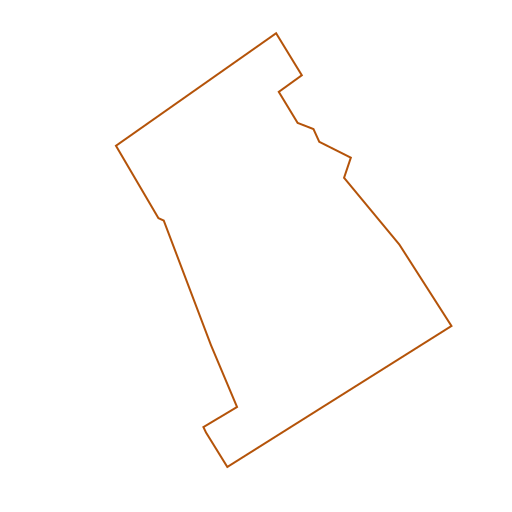 the district of Madison, Ohio, United States of America, rotated 324°
{"feature_id": "52423323B7238246753004", "entity_name": "Madison", "entity_type": "district", "adm_level": 2, "iso_a3": "USA", "parent_name": "United States of America", "parent_adm1": "Ohio", "projection": "natural_earth1", "projection_center": [-83.395, 39.903], "detail": "fine", "context": "isolated", "style": "outline", "palette": "amber", "viewbox_px": 512, "rotation_deg": 324, "n_neighbors": 0, "source": "geoboundaries", "source_scale": "gbopen_adm2", "svg_char_len": 404}
<svg xmlns="http://www.w3.org/2000/svg" viewBox="0 0 512 512"><g transform="rotate(324 256 256)"><path d="M108.8,409.8L373.0,427.5L378.7,331.0L373.2,244.5L390.5,232.2L374.3,200.8L377.1,187.1L367.9,172.8L370.9,136.6L399.3,136.7L400.4,122.6L403.2,87.6L207.5,84.5L199.3,168.0L202.2,173.1L167.2,301.5L151.9,367.0L112.9,363.5L111.8,369.4L108.8,409.8Z" fill="none" stroke="#b45309" stroke-width="2"/></g></svg>